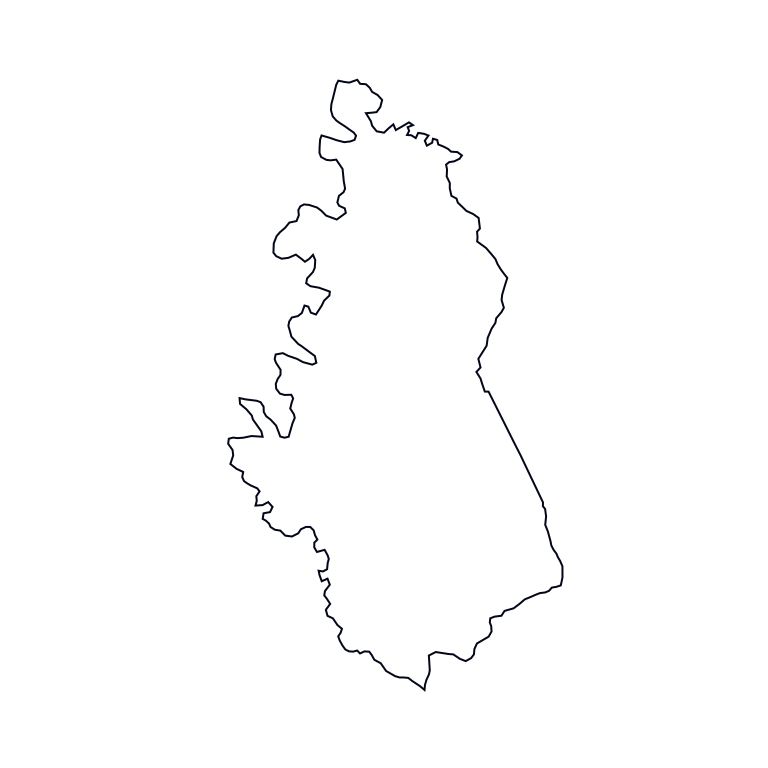 outline of Coronel Vivida, Paraná, Brazil, rotated 63°
{"feature_id": "56859067B6845535054846", "entity_name": "Coronel Vivida", "entity_type": "district", "adm_level": 2, "iso_a3": "BRA", "parent_name": "Brazil", "parent_adm1": "Paraná", "projection": "albers", "projection_center": [-52.604, -25.993], "detail": "fine", "context": "isolated", "style": "outline", "palette": "ink", "viewbox_px": 768, "rotation_deg": 63, "n_neighbors": 0, "source": "geoboundaries", "source_scale": "gbopen_adm2", "svg_char_len": 4385}
<svg xmlns="http://www.w3.org/2000/svg" viewBox="0 0 768 768"><g transform="rotate(63 384 384)"><path d="M217.6,214.4L215.7,210.8L210.7,213.3L207.4,218.8L203.6,220.2L199.7,223.0L195.2,226.9L190.7,225.8L187.7,229.0L190.9,231.6L191.1,237.6L185.8,237.2L182.8,231.6L179.3,234.7L175.8,239.5L179.3,244.1L174.8,246.7L172.6,250.4L169.9,246.7L165.9,246.3L166.5,240.7L162.2,243.0L162.7,250.4L163.1,258.2L156.9,257.8L158.3,263.9L160.1,269.9L155.5,275.8L148.6,277.3L143.9,276.4L134.5,277.1L136.4,272.5L138.4,267.2L135.6,261.6L130.1,256.7L123.6,258.5L118.3,262.0L113.6,262.2L108.7,264.0L105.7,269.0L100.8,269.7L99.7,278.1L96.7,282.4L93.0,287.0L95.7,290.7L100.1,294.5L106.8,300.3L110.7,303.8L115.8,306.9L122.3,308.2L127.5,306.9L130.9,305.2L136.9,301.7L141.4,299.4L146.3,296.8L150.1,296.2L153.1,299.4L152.6,303.8L150.5,309.6L145.2,315.6L140.2,320.4L134.2,326.8L137.1,329.9L143.8,333.9L148.9,336.6L153.2,337.0L158.2,333.5L160.5,330.0L162.4,324.7L173.6,323.3L178.0,325.0L181.8,326.5L185.1,327.8L192.3,330.0L194.7,332.9L195.9,338.7L201.0,343.1L204.8,343.1L209.7,339.2L214.2,340.3L216.0,351.4L207.7,359.1L201.1,361.2L196.4,363.5L190.5,369.4L187.7,373.7L187.7,377.9L190.2,381.4L195.0,383.3L199.1,388.0L197.2,395.0L199.9,401.1L201.5,407.7L203.5,412.6L208.7,418.4L216.8,422.9L221.2,422.0L225.9,418.3L228.2,411.9L228.7,403.8L235.3,400.6L239.2,398.9L238.5,393.6L236.7,388.6L242.4,389.0L249.0,392.9L252.0,396.5L255.0,404.6L258.9,407.6L263.4,405.2L268.7,398.2L272.6,394.5L277.1,390.3L280.4,392.5L282.5,399.5L286.0,404.1L291.2,413.1L287.2,416.8L280.7,416.3L278.0,419.2L283.4,424.9L284.4,429.9L282.9,436.0L285.4,440.2L288.8,442.8L293.7,443.7L299.8,445.0L309.3,442.3L312.6,440.4L320.1,436.7L327.7,432.9L334.4,434.7L334.2,439.1L327.7,446.3L322.0,450.2L315.4,456.6L310.6,460.1L308.5,467.1L312.2,470.1L315.9,470.6L324.4,469.7L328.9,472.1L331.3,476.5L334.8,480.4L339.3,482.2L345.3,481.1L348.6,477.6L351.5,471.5L355.6,471.5L359.0,475.0L363.3,478.7L370.0,478.0L373.7,478.9L377.4,483.3L383.9,489.4L387.7,492.9L386.7,497.0L383.7,500.3L379.0,499.7L372.0,499.0L364.3,501.2L359.2,503.6L354.3,503.8L349.6,501.6L344.2,502.2L341.1,505.1L334.8,514.4L331.0,519.1L336.4,521.3L344.0,518.1L352.1,516.1L356.1,516.9L370.5,514.8L375.9,516.1L370.2,525.7L367.9,534.0L365.6,539.3L363.3,542.7L362.3,547.1L366.5,550.0L374.1,548.9L379.2,550.8L385.5,557.2L392.6,553.9L398.5,549.4L402.6,552.6L407.0,552.8L410.6,550.9L414.0,548.7L419.4,544.3L423.2,543.6L426.0,548.7L430.3,550.4L434.0,553.7L436.8,547.1L436.6,540.8L442.9,539.1L446.4,543.7L444.5,550.0L449.1,553.3L452.1,551.3L456.2,549.8L459.9,550.0L464.3,547.4L467.6,542.9L474.3,540.8L478.1,535.2L478.1,528.2L475.7,524.0L475.9,518.5L477.9,514.6L482.5,513.1L487.3,514.1L492.4,514.0L493.7,518.1L497.9,520.3L503.2,520.0L504.8,512.2L510.9,512.0L514.8,512.6L517.9,515.4L523.2,518.8L523.3,523.5L520.7,527.0L525.0,528.2L531.5,529.0L531.8,522.7L538.2,523.4L541.7,530.6L545.2,533.2L549.5,532.4L555.5,531.8L558.8,538.3L564.9,539.6L569.6,535.9L573.9,535.4L577.7,534.9L583.0,532.6L585.9,535.5L588.1,539.4L592.6,539.9L598.4,539.7L602.9,539.0L606.3,536.6L608.5,532.9L609.3,528.9L613.2,527.7L613.4,522.8L615.8,518.7L619.7,518.0L625.4,517.8L631.3,513.7L640.7,512.4L649.4,506.7L652.5,503.4L654.3,499.9L656.9,495.8L661.6,493.6L669.5,489.1L675.0,486.8L670.6,484.0L666.7,480.3L663.2,475.8L659.9,473.2L646.3,467.3L646.3,459.6L653.8,449.2L656.4,445.0L663.4,441.1L668.0,437.0L667.8,430.8L665.7,426.6L661.2,423.8L657.4,419.0L656.6,405.4L653.3,400.5L648.4,398.4L644.5,398.0L641.0,395.7L641.5,391.0L643.8,384.6L640.9,379.6L642.7,370.4L641.4,362.9L639.8,356.4L640.4,349.1L640.6,345.0L641.1,340.0L642.9,335.0L643.2,330.8L641.6,326.9L643.0,322.4L643.7,317.9L637.4,312.8L627.5,307.8L621.8,307.4L617.3,307.7L613.5,307.4L608.5,308.2L603.7,308.2L600.1,307.1L589.6,304.9L582.7,304.3L575.6,299.7L568.5,297.2L565.0,297.9L561.7,296.1L509.5,294.7L495.7,294.7L438.3,294.3L436.5,297.6L428.0,296.4L422.9,295.5L415.2,296.2L413.1,290.5L404.4,288.5L396.5,275.2L389.9,270.6L383.4,262.8L380.1,257.0L376.4,254.2L373.2,246.6L370.5,242.6L362.6,241.1L358.0,238.1L350.1,230.6L345.5,226.0L341.0,226.9L335.1,227.9L328.8,228.4L323.1,228.0L316.5,229.5L309.2,231.3L299.3,236.3L295.8,234.1L290.5,231.9L289.1,228.0L279.0,224.3L273.0,227.4L267.2,232.0L262.1,233.7L255.9,235.9L251.7,235.2L247.0,238.5L239.6,236.6L234.8,234.1L227.5,233.9L221.4,230.4L216.7,229.1L215.9,225.2L217.5,220.3L217.6,214.4Z" fill="none" stroke="#020617" stroke-width="2"/></g></svg>